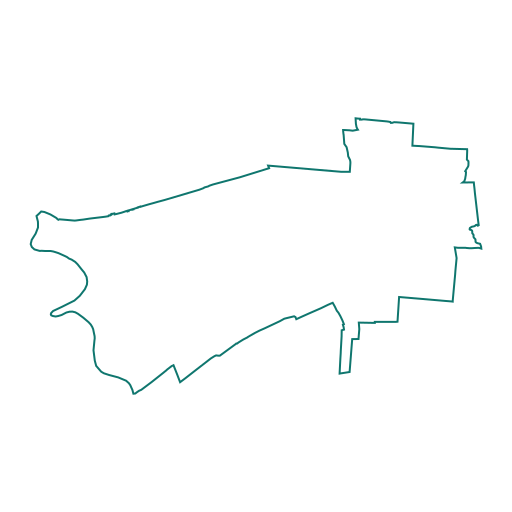 Liesti, Galati, Romania
{"feature_id": "2599482B2048722237539", "entity_name": "Liesti", "entity_type": "district", "adm_level": 2, "iso_a3": "ROU", "parent_name": "Romania", "parent_adm1": "Galati", "projection": "albers", "projection_center": [27.596, 45.626], "detail": "fine", "context": "isolated", "style": "outline", "palette": "teal", "viewbox_px": 512, "rotation_deg": 0, "n_neighbors": 0, "source": "geoboundaries", "source_scale": "gbopen_adm2", "svg_char_len": 4414}
<svg xmlns="http://www.w3.org/2000/svg" viewBox="0 0 512 512"><path d="M339.6,373.6L340.7,373.4L349.6,372.0L350.8,356.8L352.2,339.1L358.5,339.0L359.3,329.1L358.8,322.6L374.8,322.9L374.8,321.9L391.4,321.9L395.5,321.9L397.5,321.7L399.1,297.0L422.9,299.0L444.8,300.9L451.1,301.4L452.7,301.6L452.7,301.4L452.7,301.0L453.2,295.5L454.0,286.8L455.1,274.9L455.4,270.8L456.6,258.1L454.8,247.4L457.9,247.8L465.5,247.8L466.7,248.0L468.4,248.1L468.9,248.2L470.4,248.2L471.7,248.2L474.6,248.0L476.9,247.9L479.1,247.9L481.3,248.6L481.1,246.5L480.1,243.8L477.5,243.2L476.4,242.7L475.6,241.9L475.5,241.1L475.5,239.9L475.4,239.3L474.1,237.9L473.6,237.1L473.5,236.3L473.5,235.5L473.6,235.3L473.4,234.6L472.3,233.3L472.2,231.2L472.0,230.6L471.4,230.1L469.8,229.6L469.6,229.2L469.9,228.0L471.7,226.8L474.0,226.3L474.8,226.0L475.9,225.0L476.8,224.8L477.2,225.3L477.8,225.7L478.7,225.2L478.1,220.7L474.9,193.0L474.5,188.8L474.2,186.2L474.1,185.5L473.9,183.3L473.8,182.4L470.6,182.4L462.7,182.5L464.0,181.5L464.4,180.9L464.7,180.1L465.2,178.6L465.4,177.1L465.8,175.0L465.9,173.5L466.0,172.0L465.7,171.7L465.2,171.2L467.0,168.3L468.1,166.5L468.4,165.4L468.5,162.6L468.4,161.2L466.9,159.6L467.0,156.4L467.2,150.7L467.1,149.2L452.0,148.8L451.0,148.8L450.8,148.8L437.7,147.6L435.2,147.3L420.0,146.1L414.2,145.8L412.4,145.7L413.4,123.7L399.3,122.5L396.6,122.3L394.1,122.2L392.0,122.9L390.8,122.9L390.4,122.0L389.6,121.9L388.9,121.7L386.8,121.4L365.3,119.4L363.5,119.3L362.9,119.3L362.2,119.5L361.9,119.6L360.3,119.6L360.0,119.6L360.0,119.2L360.0,118.7L358.1,118.6L355.6,118.3L355.7,120.4L355.9,123.8L356.5,127.0L357.3,128.8L357.9,129.7L354.8,130.3L352.7,130.7L349.5,130.3L343.9,130.0L343.1,130.0L343.2,131.6L343.5,134.3L343.6,134.5L343.8,137.2L343.9,138.4L344.1,141.1L344.3,143.9L346.6,147.2L347.8,152.5L348.2,156.3L350.0,159.9L350.3,161.3L350.4,162.9L349.8,171.8L341.2,171.8L268.1,165.6L269.1,168.2L239.8,177.3L222.6,181.9L212.9,184.5L209.4,185.7L208.2,186.4L204.6,187.4L204.3,187.5L203.6,188.1L199.4,189.7L197.7,190.2L164.2,200.1L157.5,201.9L153.3,203.1L150.0,204.0L149.6,204.1L143.1,206.0L140.5,206.8L140.4,206.5L137.9,207.3L138.0,207.6L137.5,207.8L137.4,207.8L137.2,207.8L135.9,208.2L135.5,208.3L133.3,209.0L133.4,209.4L132.3,209.7L132.2,209.3L128.4,210.5L128.5,211.1L128.4,211.1L127.6,211.4L127.5,210.8L127.5,210.7L126.6,211.0L126.4,211.1L126.1,211.1L125.6,211.3L125.0,211.5L124.8,211.6L121.5,212.7L116.0,214.1L115.4,214.2L115.0,214.3L114.6,214.4L114.4,213.4L112.1,213.9L111.8,213.9L111.8,214.3L111.0,214.4L111.0,214.8L110.5,214.8L110.3,215.4L108.7,215.5L108.4,216.2L105.3,216.7L102.2,217.1L96.3,217.8L89.6,218.6L83.1,219.6L80.3,219.9L75.9,220.5L75.3,220.5L74.5,220.6L68.7,220.1L66.5,219.9L59.3,219.3L58.4,219.8L57.5,219.2L56.4,218.0L55.4,217.4L54.4,216.8L50.5,214.5L48.6,213.7L46.9,213.0L44.4,212.0L41.2,211.5L38.9,213.8L36.5,216.0L36.9,217.6L37.9,221.5L38.0,223.4L38.0,227.5L36.4,231.7L35.6,233.7L31.7,239.9L30.7,244.1L31.8,247.0L34.4,249.4L39.6,250.9L41.8,250.8L45.0,251.0L46.1,251.0L50.6,251.0L53.3,251.5L54.6,251.9L55.3,252.1L58.4,253.1L64.6,255.9L66.9,257.0L69.1,258.6L71.6,259.6L75.2,261.9L77.5,264.2L81.7,269.5L84.2,272.5L86.6,277.1L87.2,281.5L86.9,284.7L84.9,289.2L79.8,295.8L74.4,300.6L62.0,306.8L53.1,311.0L51.2,313.0L50.8,314.2L51.2,315.3L52.8,316.0L55.6,316.5L58.3,316.0L61.6,315.0L66.4,312.5L69.6,311.7L72.4,311.6L75.3,312.3L78.0,313.8L83.3,317.7L88.6,322.2L90.8,324.6L92.3,327.1L93.2,329.3L93.6,331.4L94.6,336.2L94.7,338.4L94.4,340.9L93.5,350.3L94.8,360.7L96.2,365.9L101.2,371.7L103.9,373.3L109.1,375.0L118.2,377.4L126.1,380.7L128.9,383.2L130.3,385.2L131.3,387.5L132.4,389.9L133.4,393.7L135.3,393.5L136.7,392.4L139.0,390.8L141.1,389.9L141.3,389.8L145.7,386.5L148.1,384.7L149.3,383.8L151.7,382.0L163.3,372.8L165.0,371.4L165.8,370.8L167.2,369.5L171.6,366.1L173.5,365.2L177.1,374.3L180.1,382.2L185.8,377.9L194.5,371.1L210.9,358.4L214.4,356.2L216.1,355.4L218.5,355.7L219.8,355.7L235.9,343.9L236.3,343.5L237.0,343.6L238.6,342.4L243.3,339.5L247.6,337.3L248.0,336.9L254.8,333.0L259.5,330.6L264.5,328.4L279.8,321.2L284.3,318.7L286.3,318.2L294.1,316.3L295.5,317.1L296.3,319.2L301.5,316.8L309.1,313.4L321.0,308.2L327.8,304.9L330.3,303.8L332.2,303.0L332.7,302.8L334.8,306.5L336.8,310.7L338.5,312.8L340.4,316.2L342.5,320.6L343.9,324.2L342.9,324.7L343.2,325.8L343.6,327.0L344.0,329.6L342.9,329.9L341.7,330.3L341.6,336.4L340.8,350.5L340.7,353.2L340.4,358.0L339.6,373.4L339.6,373.6Z" fill="none" stroke="#0f766e" stroke-width="2"/></svg>